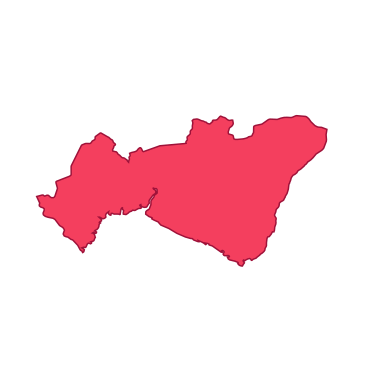 map outline of Sofala (Mercator projection), rotated 70°
{"feature_id": "MOZ-1905", "entity_name": "Sofala", "entity_type": "Province", "adm_level": 1, "iso_a3": "MOZ", "parent_name": "Mozambique", "parent_adm1": "", "projection": "mercator", "projection_center": [34.584, -19.076], "detail": "fine", "context": "isolated", "style": "filled", "palette": "rose", "viewbox_px": 384, "rotation_deg": 70, "n_neighbors": 0, "source": "natural_earth", "source_scale": "10m", "svg_char_len": 6120}
<svg xmlns="http://www.w3.org/2000/svg" viewBox="0 0 384 384"><g transform="rotate(70 192 192)"><path d="M275.1,173.4L275.1,173.1L274.5,172.8L273.9,172.9L273.6,173.2L271.7,175.3L268.7,179.8L267.4,180.8L265.4,181.0L265.7,179.7L265.5,179.0L264.9,178.9L264.1,179.6L263.1,182.9L262.4,183.7L261.0,184.0L260.3,183.4L259.7,182.6L258.9,182.3L257.8,182.8L257.4,183.3L257.3,183.9L257.5,184.6L258.5,184.1L258.9,184.2L258.5,185.2L249.6,191.4L248.0,193.5L247.4,194.1L246.6,193.9L245.8,194.8L244.4,197.2L244.9,197.0L246.1,196.8L246.1,197.2L244.4,198.2L242.7,199.6L239.7,202.7L241.0,202.7L240.5,203.6L237.7,206.8L237.2,207.1L236.0,207.5L235.2,209.2L232.0,213.6L225.6,220.4L218.3,226.3L212.4,232.6L210.2,233.5L208.6,234.0L205.2,237.5L203.4,239.0L202.8,238.3L202.1,238.8L200.4,240.8L197.0,243.1L195.0,242.3L194.5,241.8L194.0,240.8L193.4,238.0L189.8,234.9L186.8,233.8L186.1,233.3L183.7,229.5L183.1,229.0L182.2,228.5L181.2,225.3L180.6,224.9L178.5,224.2L177.6,224.0L176.6,224.4L175.9,226.3L175.2,226.7L175.2,227.2L176.2,227.1L177.3,226.1L178.4,225.8L179.5,225.9L180.4,226.4L181.0,227.2L181.4,229.2L181.9,230.2L185.2,235.1L186.3,235.6L187.9,236.0L188.9,237.6L190.3,239.3L190.6,239.9L190.3,241.6L189.3,243.4L187.9,244.6L186.3,244.4L186.5,245.6L187.1,245.6L188.5,244.8L189.6,245.2L189.8,245.7L189.3,247.6L189.3,248.7L189.8,251.7L189.6,252.6L188.8,253.9L189.3,255.5L189.3,257.6L190.0,259.1L190.5,261.1L190.6,261.7L190.4,262.2L189.9,262.9L189.8,263.3L189.3,264.1L188.1,263.8L186.1,262.6L184.2,263.3L183.5,263.2L183.0,262.2L183.0,263.5L183.9,264.6L188.5,267.2L188.5,267.6L187.9,268.1L187.1,269.9L186.1,272.8L184.8,274.2L184.5,275.2L186.0,276.2L185.7,276.9L184.7,277.6L183.9,277.9L183.1,277.8L182.0,277.1L182.6,279.1L183.5,280.6L184.4,281.2L185.7,281.4L186.3,281.7L186.8,283.2L186.8,284.3L186.5,285.2L184.1,287.3L183.8,288.1L186.0,286.9L187.3,286.6L188.2,287.0L188.4,288.7L188.8,289.4L189.8,288.6L190.3,290.0L191.1,290.6L192.2,291.1L193.4,292.0L194.0,292.8L194.5,293.7L194.8,294.7L194.9,296.1L195.2,296.7L197.0,295.4L197.8,295.9L197.8,297.0L196.2,298.3L196.5,299.6L196.9,299.0L197.4,298.6L198.7,298.2L201.7,298.4L202.0,299.0L204.0,300.7L204.3,301.3L204.2,304.1L204.9,303.7L205.5,303.7L205.8,304.1L206.0,305.0L205.7,305.4L204.9,306.3L204.7,307.0L205.1,308.2L207.0,310.0L207.7,310.9L206.9,312.6L206.8,313.6L206.8,314.6L208.5,313.2L209.4,312.9L211.1,314.1L211.5,315.1L211.5,315.5L210.0,315.6L208.7,316.6L207.9,316.9L203.0,317.6L196.7,320.3L196.0,320.7L195.3,321.8L191.9,324.1L190.9,325.7L189.6,327.1L187.6,327.4L186.9,327.1L184.2,324.9L183.6,324.9L181.2,325.5L178.2,327.9L171.0,330.1L169.2,331.5L166.5,335.9L164.7,338.2L162.8,339.4L161.7,339.4L160.7,339.0L158.8,337.3L157.3,336.6L156.0,337.3L154.3,339.4L152.8,340.2L151.8,339.9L151.0,339.3L150.2,338.9L143.1,339.5L143.6,334.0L143.9,333.0L145.4,332.0L145.5,331.1L145.4,329.7L145.5,329.1L146.1,328.0L148.4,326.8L149.3,325.9L149.9,324.3L149.7,323.1L149.0,322.2L142.8,317.3L142.1,317.1L137.1,316.7L136.3,316.5L135.8,316.2L135.6,315.6L135.3,301.8L134.9,300.2L134.3,299.6L126.8,296.9L126.0,296.4L110.4,280.0L110.1,279.2L110.0,275.8L110.2,274.8L111.5,271.5L111.5,270.7L111.0,269.7L110.0,268.3L109.5,265.5L108.8,264.8L107.2,264.2L106.8,263.7L105.2,258.1L105.5,257.3L111.2,252.5L112.2,251.5L114.4,250.4L115.9,249.1L116.6,248.9L118.6,248.9L120.4,247.8L121.0,247.7L121.3,247.8L121.7,248.3L122.2,249.8L123.4,250.4L125.1,252.2L126.5,252.4L128.4,249.4L129.4,248.9L131.3,248.5L132.7,247.4L135.2,246.3L136.0,245.7L136.6,244.5L137.2,243.8L138.7,242.9L139.4,242.2L141.0,242.0L142.3,241.4L141.1,240.8L139.6,239.5L137.9,239.3L137.4,238.8L136.9,237.9L136.4,237.5L134.3,237.4L134.2,235.4L134.6,232.2L134.5,230.0L133.0,227.5L132.6,226.1L132.8,225.3L133.5,224.8L134.6,224.6L136.2,224.5L137.0,224.3L137.4,224.0L137.5,222.9L137.6,206.3L143.8,183.0L144.2,180.9L143.7,180.9L142.9,180.6L142.3,180.0L141.6,178.8L140.8,178.3L139.4,178.1L138.7,177.8L138.2,177.1L137.4,174.9L137.0,174.2L136.5,173.6L134.4,172.9L133.8,172.3L132.8,170.3L132.2,169.8L130.0,169.1L127.8,167.8L127.0,167.5L125.0,167.4L124.3,165.8L125.0,162.7L125.3,162.0L126.2,160.8L128.1,158.9L129.4,156.9L130.3,156.2L131.4,154.7L132.8,154.1L134.1,152.2L134.0,151.2L133.3,150.0L132.9,148.5L132.0,148.3L131.8,148.0L131.8,147.3L132.5,145.3L132.6,143.8L132.2,142.8L130.7,140.1L130.5,139.4L130.6,139.0L132.4,137.1L133.3,135.8L134.3,135.0L135.8,134.2L137.3,132.9L137.6,132.2L138.0,130.1L138.4,129.2L141.3,129.7L142.1,130.0L143.3,131.3L143.9,132.5L144.4,134.4L145.0,135.2L147.8,137.3L149.3,137.8L150.2,137.5L152.1,134.8L152.8,134.2L153.6,134.1L156.3,134.5L157.3,133.5L158.1,131.4L159.6,125.7L159.9,123.1L159.9,121.2L159.5,120.1L159.8,117.3L159.7,116.6L159.5,116.2L158.7,115.6L157.1,113.8L152.0,111.8L151.4,111.3L151.2,109.7L152.1,103.4L152.0,102.5L150.1,95.5L150.1,94.6L150.2,93.8L152.7,87.7L153.0,86.8L153.0,83.4L153.4,80.1L154.3,77.3L155.9,73.5L156.1,72.3L155.9,68.6L156.0,67.7L159.8,59.5L160.2,59.0L161.2,58.2L163.1,57.2L166.7,56.2L171.7,53.8L173.7,51.9L174.4,50.8L175.6,48.1L179.3,43.8L184.0,46.4L188.7,47.7L190.2,48.4L195.8,53.2L196.3,53.9L197.2,55.8L198.7,62.3L201.2,66.6L202.4,69.3L203.1,71.8L203.3,73.1L203.6,73.2L204.9,75.4L205.2,76.7L205.9,77.6L207.7,82.1L208.2,84.9L208.5,85.4L209.8,87.0L210.6,89.3L210.8,91.3L211.9,93.0L212.9,94.1L214.8,95.4L216.4,96.9L217.0,97.2L217.5,97.9L218.3,98.5L222.3,100.5L225.9,103.2L228.0,105.8L228.8,106.3L229.2,106.9L230.2,107.9L230.5,108.4L230.8,108.5L231.2,109.5L231.6,111.9L231.9,112.9L232.4,113.7L234.7,114.9L235.5,115.6L236.0,116.4L236.8,118.1L237.3,118.9L239.5,120.2L241.5,122.1L242.3,122.4L243.1,122.4L245.3,121.9L246.2,122.2L247.7,123.1L249.6,123.6L250.9,124.3L253.2,126.2L256.3,127.7L257.5,128.7L256.9,130.0L258.9,132.3L259.9,134.0L260.3,134.5L260.1,136.2L261.4,137.5L265.2,139.4L267.9,140.4L268.5,140.9L270.1,142.7L271.4,143.3L272.3,144.4L272.9,145.6L273.5,147.2L273.8,148.8L274.1,149.6L274.5,149.9L274.6,150.4L275.4,152.9L276.1,154.5L276.1,157.5L276.7,159.1L276.5,159.6L275.4,159.7L274.2,160.6L274.0,162.7L274.3,164.8L274.7,166.1L273.6,166.6L273.8,167.3L274.9,167.5L276.5,167.0L277.6,168.6L278.7,169.8L278.8,170.2L277.7,171.9L276.9,172.6L276.1,173.1L275.1,173.4Z" fill="#f43f5e" stroke="#9f1239" stroke-width="1.5"/></g></svg>